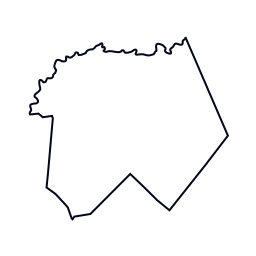 outline of Sullivan, New York, United States of America, rotated 98°
{"feature_id": "52423323B4442832355941", "entity_name": "Sullivan", "entity_type": "district", "adm_level": 2, "iso_a3": "USA", "parent_name": "United States of America", "parent_adm1": "New York", "projection": "mercator", "projection_center": [-74.957, 41.719], "detail": "fine", "context": "isolated", "style": "outline", "palette": "ink", "viewbox_px": 256, "rotation_deg": 98, "n_neighbors": 0, "source": "geoboundaries", "source_scale": "gbopen_adm2", "svg_char_len": 2560}
<svg xmlns="http://www.w3.org/2000/svg" viewBox="0 0 256 256"><g transform="rotate(98 128 128)"><path d="M121.7,28.0L67.3,61.1L29.9,83.9L30.5,83.6L31.4,83.5L33.8,85.8L34.5,85.9L36.8,85.6L37.6,86.0L37.9,86.3L38.2,87.3L38.2,88.8L37.8,90.8L37.7,91.8L37.8,92.4L38.2,93.3L41.5,94.8L43.2,96.5L44.2,97.1L45.1,97.1L46.6,96.0L47.0,95.9L48.0,95.9L48.5,96.4L48.6,97.0L48.5,98.2L48.0,100.3L47.3,101.5L47.0,101.8L46.2,102.2L44.5,101.8L43.3,102.2L41.2,105.1L41.0,105.5L40.7,107.0L40.5,108.1L40.4,109.7L40.5,110.2L40.7,110.7L41.3,111.4L42.7,111.6L43.3,111.6L46.7,110.7L47.6,110.6L48.0,110.9L48.4,111.5L49.4,112.0L50.3,112.2L51.4,112.9L53.2,117.0L53.4,119.6L52.9,122.8L53.2,125.5L54.2,129.6L54.1,130.2L53.9,130.6L53.5,130.8L51.3,130.3L49.9,130.4L49.4,131.2L49.4,131.9L49.8,132.8L51.6,134.7L52.4,136.1L53.4,138.5L53.8,140.5L53.8,141.4L53.4,141.9L51.9,143.2L51.7,143.9L52.0,144.8L52.3,145.1L53.1,145.3L54.1,147.2L54.4,149.3L54.3,154.2L54.4,156.9L54.5,157.5L55.7,160.3L55.5,162.2L55.2,162.8L54.8,162.9L54.5,162.8L53.6,162.1L53.1,161.9L51.6,162.3L51.2,162.7L51.2,163.0L51.6,164.1L51.6,164.6L50.9,165.0L49.6,164.8L48.7,165.0L47.9,165.5L47.9,166.3L49.1,167.6L49.8,168.4L50.7,170.0L51.6,171.3L53.4,172.3L54.9,173.8L55.6,176.6L56.5,178.4L57.4,179.3L58.3,179.9L59.3,180.1L59.8,180.4L62.0,184.4L62.5,186.1L62.6,186.9L62.2,187.4L60.9,187.8L60.4,188.4L60.4,190.0L60.6,190.3L60.9,190.6L62.5,191.0L62.9,191.2L64.2,192.2L65.7,193.7L66.3,194.8L66.4,195.3L66.4,195.8L66.0,196.9L65.7,198.0L65.7,198.6L65.8,199.0L66.7,199.3L68.2,198.8L69.7,198.8L70.2,199.1L70.6,199.5L71.1,201.4L71.1,202.2L71.0,202.9L70.3,205.4L70.2,206.5L70.4,207.2L70.8,208.1L71.2,208.4L74.2,209.3L77.1,209.6L77.6,209.5L79.7,208.2L80.3,207.4L81.2,207.2L83.5,207.7L85.0,209.0L85.7,209.4L87.4,209.4L88.6,209.9L89.4,211.0L89.7,212.4L89.7,213.6L90.0,214.7L90.7,215.2L93.0,215.7L93.7,216.1L94.1,216.7L94.5,217.6L94.5,218.1L93.0,219.8L92.6,221.1L92.7,221.8L93.3,222.2L94.6,222.4L97.6,221.7L100.6,220.5L102.1,220.3L103.2,220.8L104.6,221.8L105.4,222.6L107.6,224.6L108.1,224.9L109.1,225.0L109.6,224.9L110.3,224.6L111.1,222.9L112.3,221.7L113.8,220.8L114.9,220.9L115.4,221.1L116.5,222.5L116.7,223.1L116.8,224.3L116.9,224.7L118.0,227.2L118.4,227.6L119.2,228.0L120.7,227.7L122.3,226.8L123.5,226.4L124.2,226.4L125.9,227.3L127.2,227.4L128.2,226.8L126.2,218.6L129.2,213.9L126.6,204.9L128.8,203.8L184.6,200.9L198.2,200.4L203.5,190.5L212.3,179.7L215.1,176.5L225.4,171.2L226.1,170.2L223.2,168.8L218.4,153.3L173.2,119.4L185.7,102.1L195.4,89.1L203.7,75.5L153.2,45.8L148.4,43.1L121.7,28.0Z" fill="none" stroke="#020617" stroke-width="2"/></g></svg>